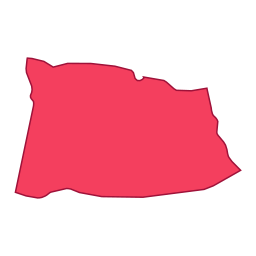 an SVG outline of Saint Ann
{"feature_id": "JAM-1379", "entity_name": "Saint Ann", "entity_type": "Parish", "adm_level": 1, "iso_a3": "JAM", "parent_name": "Jamaica", "parent_adm1": "", "projection": "orthographic", "projection_center": [-77.258, 18.33], "detail": "fine", "context": "isolated", "style": "filled", "palette": "rose", "viewbox_px": 256, "rotation_deg": 0, "n_neighbors": 0, "source": "natural_earth", "source_scale": "10m", "svg_char_len": 908}
<svg xmlns="http://www.w3.org/2000/svg" viewBox="0 0 256 256"><path d="M27.3,58.1L32.0,58.5L43.9,61.4L53.2,67.1L67.6,63.4L90.9,63.5L114.9,66.2L131.4,70.4L133.4,72.6L135.1,78.5L137.3,80.5L140.0,80.6L142.4,79.4L143.9,77.9L143.5,77.0L163.9,80.5L166.4,82.1L174.0,88.8L176.4,90.3L191.3,90.8L206.9,88.2L207.3,90.3L211.2,107.9L211.5,110.4L212.4,113.8L213.3,115.5L215.7,117.8L217.0,119.6L217.8,121.4L216.8,132.1L217.0,133.6L218.0,135.3L223.6,142.0L225.5,145.1L226.9,149.5L227.6,153.6L228.3,156.2L228.9,157.4L231.9,161.5L240.6,170.3L213.3,185.8L204.1,189.4L143.0,197.2L101.8,196.6L79.4,192.5L70.7,189.0L68.3,188.6L66.5,188.5L51.0,192.1L49.9,192.6L46.7,195.1L45.0,196.1L41.8,197.4L39.6,197.8L37.6,197.9L26.1,195.9L15.4,192.3L33.5,106.0L33.7,103.7L33.5,101.5L31.1,98.5L30.5,97.1L30.5,95.4L31.7,92.4L32.1,89.6L31.7,86.1L26.5,72.6L26.1,68.6L27.1,59.1L27.3,58.1Z" fill="#f43f5e" stroke="#9f1239" stroke-width="1.5"/></svg>